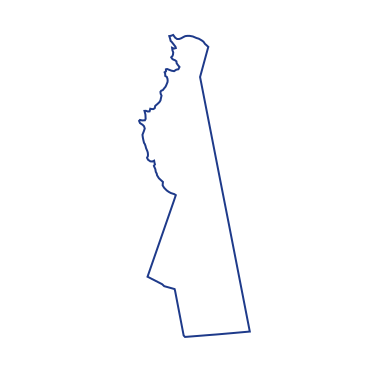 Vale do Paraíso, Rondônia, Brazil, rotated 335°
{"feature_id": "56859067B34795168370619", "entity_name": "Vale do Paraíso", "entity_type": "district", "adm_level": 2, "iso_a3": "BRA", "parent_name": "Brazil", "parent_adm1": "Rondônia", "projection": "natural_earth1", "projection_center": [-62.069, -10.363], "detail": "fine", "context": "isolated", "style": "outline", "palette": "blue", "viewbox_px": 384, "rotation_deg": 335, "n_neighbors": 0, "source": "geoboundaries", "source_scale": "gbopen_adm2", "svg_char_len": 1763}
<svg xmlns="http://www.w3.org/2000/svg" viewBox="0 0 384 384"><g transform="rotate(335 192 192)"><path d="M115.9,250.0L126.0,263.0L127.0,265.6L135.2,272.6L134.9,274.4L123.8,318.5L124.4,320.4L139.1,325.9L146.9,328.8L154.6,331.7L169.4,337.1L185.4,342.9L212.0,236.0L222.3,194.3L247.9,91.2L266.7,69.0L268.1,67.4L267.1,64.9L266.4,63.4L265.9,60.6L264.8,58.6L262.9,55.9L261.1,54.3L258.5,51.4L256.0,49.6L253.7,48.5L251.8,47.9L250.2,47.9L247.1,48.1L244.9,47.9L243.1,47.0L242.0,45.1L241.3,41.7L239.3,41.6L237.3,41.1L237.0,43.6L236.5,46.1L237.1,47.6L238.4,53.3L238.2,54.7L236.2,54.4L234.9,52.9L234.1,55.5L234.0,57.5L232.8,59.5L231.6,60.6L230.1,61.1L230.3,62.8L231.0,64.1L232.2,65.3L233.1,67.0L232.5,68.8L232.9,71.1L233.5,73.4L231.5,75.0L229.5,74.5L226.8,74.9L224.7,73.4L221.4,70.0L220.2,69.8L219.3,71.7L217.8,71.9L217.7,73.4L216.8,75.5L217.8,77.1L217.6,79.1L217.0,80.8L216.2,82.1L213.6,84.5L212.5,85.4L211.0,86.1L208.6,87.3L206.9,87.2L205.7,87.9L205.1,89.8L205.1,91.8L203.6,93.7L202.1,95.7L200.4,96.8L198.0,97.6L195.1,98.4L193.6,100.3L192.0,100.5L190.7,99.9L189.4,98.9L187.6,101.0L186.0,100.4L184.5,98.9L183.2,98.4L182.9,100.1L182.5,102.2L180.9,106.1L179.6,107.1L177.1,106.1L175.3,104.7L174.1,105.2L174.0,107.5L174.8,108.9L175.6,110.1L176.3,112.1L176.0,114.5L173.9,116.7L171.3,119.2L170.5,121.7L169.9,124.2L169.3,127.1L169.5,128.7L169.3,130.8L168.9,132.8L168.8,136.0L168.6,137.5L167.9,139.5L167.2,140.8L165.7,142.0L165.8,144.2L167.2,146.6L168.9,147.6L170.9,147.6L170.3,149.9L170.1,151.3L168.5,152.2L168.4,155.9L167.7,158.4L167.8,160.4L167.4,162.1L167.8,165.5L168.8,168.0L169.9,170.6L168.9,172.3L168.2,173.6L168.5,176.3L169.1,178.1L169.8,180.0L171.0,182.1L172.4,184.0L175.1,186.5L176.0,188.0L171.9,192.3L115.9,250.0Z" fill="none" stroke="#1e3a8a" stroke-width="2"/></g></svg>